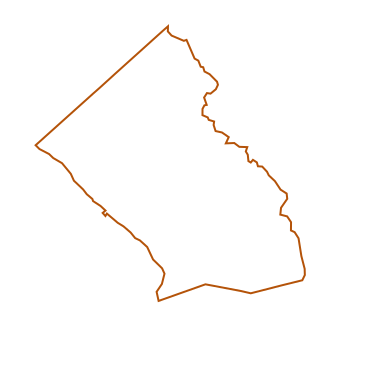 outline of Taos, New Mexico, United States of America, rotated 318°
{"feature_id": "52423323B45931261508118", "entity_name": "Taos", "entity_type": "district", "adm_level": 2, "iso_a3": "USA", "parent_name": "United States of America", "parent_adm1": "New Mexico", "projection": "albers", "projection_center": [-105.561, 36.505], "detail": "fine", "context": "isolated", "style": "outline", "palette": "amber", "viewbox_px": 384, "rotation_deg": 318, "n_neighbors": 0, "source": "geoboundaries", "source_scale": "gbopen_adm2", "svg_char_len": 1407}
<svg xmlns="http://www.w3.org/2000/svg" viewBox="0 0 384 384"><g transform="rotate(318 192 192)"><path d="M107.1,52.6L107.4,58.0L111.2,68.2L111.6,73.9L114.7,83.6L114.1,97.4L111.8,104.6L112.8,117.3L112.3,123.2L113.3,130.5L112.4,132.6L114.7,141.2L115.3,147.9L111.6,147.8L111.6,151.9L114.3,151.1L116.2,165.2L118.1,171.7L119.3,181.1L118.9,188.2L120.9,193.1L121.9,202.9L117.9,216.1L118.7,228.7L116.9,234.3L108.1,240.2L98.9,242.5L94.3,250.6L140.2,269.6L144.5,275.2L162.0,298.2L167.9,306.6L196.0,321.3L214.9,331.4L220.3,329.2L224.3,324.5L230.4,312.8L240.2,297.7L241.4,290.5L239.8,286.8L245.4,280.7L246.4,273.8L242.5,267.9L247.6,263.3L258.2,260.8L261.3,256.5L259.4,249.5L260.9,239.4L260.2,231.0L261.3,227.2L261.2,220.1L258.2,217.0L260.0,213.4L258.8,208.9L255.4,209.4L254.6,206.8L258.4,201.6L259.1,197.9L263.1,195.6L257.4,190.1L256.2,183.9L249.7,178.5L256.0,175.8L254.1,167.8L250.3,162.5L252.9,156.7L255.6,154.4L252.7,149.6L253.6,147.1L251.2,141.9L255.4,137.3L259.2,135.9L261.2,137.1L264.2,129.9L269.3,128.5L271.6,131.3L278.5,131.6L283.0,129.7L284.4,126.8L283.9,116.2L281.9,110.8L283.8,106.8L282.3,104.7L284.6,98.6L283.2,94.6L289.7,75.3L287.1,74.2L281.5,62.1L281.5,56.5L285.0,52.8L278.0,52.7L240.0,52.7L239.9,52.7L234.8,52.7L233.7,52.7L229.6,52.7L219.7,52.7L218.9,52.7L214.1,52.7L192.9,52.8L184.4,52.7L172.7,52.7L172.3,52.7L109.4,52.6L109.1,52.6L107.1,52.6Z" fill="none" stroke="#b45309" stroke-width="2"/></g></svg>